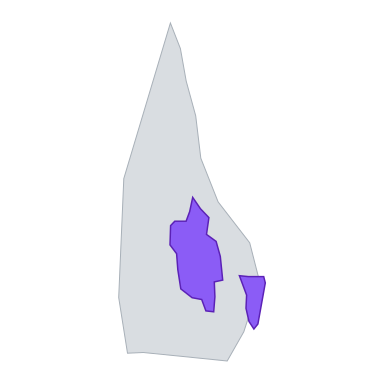 Triesenberg highlighted on a map of Liechtenstein
{"feature_id": "LIE-4892", "entity_name": "Triesenberg", "entity_type": "state/province", "adm_level": 1, "iso_a3": "LIE", "parent_name": "Liechtenstein", "parent_adm1": "", "projection": "mercator", "projection_center": [9.569, 47.119], "detail": "fine", "context": "in_parent", "style": "filled", "palette": "violet", "viewbox_px": 384, "rotation_deg": 0, "n_neighbors": 0, "source": "natural_earth", "source_scale": "10m", "svg_char_len": 756}
<svg xmlns="http://www.w3.org/2000/svg" viewBox="0 0 384 384"><path d="M227.2,361.0L143.3,352.5L127.5,353.2L118.7,297.5L123.8,178.6L170.4,23.0L180.4,48.6L186.2,81.1L195.7,115.8L200.8,158.2L218.1,201.9L249.7,242.8L259.8,282.3L243.8,331.8L227.2,361.0Z" fill="#d9dde1" stroke="#a8b0b8" stroke-width="1"/><path d="M205.9,310.9L201.7,299.5L192.1,297.7L180.8,288.9L177.8,269.6L176.6,253.7L170.0,244.9L170.6,225.6L174.8,221.2L186.1,221.2L189.7,211.5L192.7,197.4L200.5,208.8L208.9,217.6L206.5,234.4L216.1,241.4L220.3,256.4L222.7,280.1L214.3,281.9L214.9,296.8L213.7,311.8L205.9,310.9ZM263.7,276.6L265.3,282.9L257.9,324.0L253.9,329.0L249.0,321.5L246.0,308.3L246.6,295.1L239.4,275.7L248.4,276.6L263.7,276.6Z" fill="#8b5cf6" stroke="#5b21b6" stroke-width="1.5"/></svg>